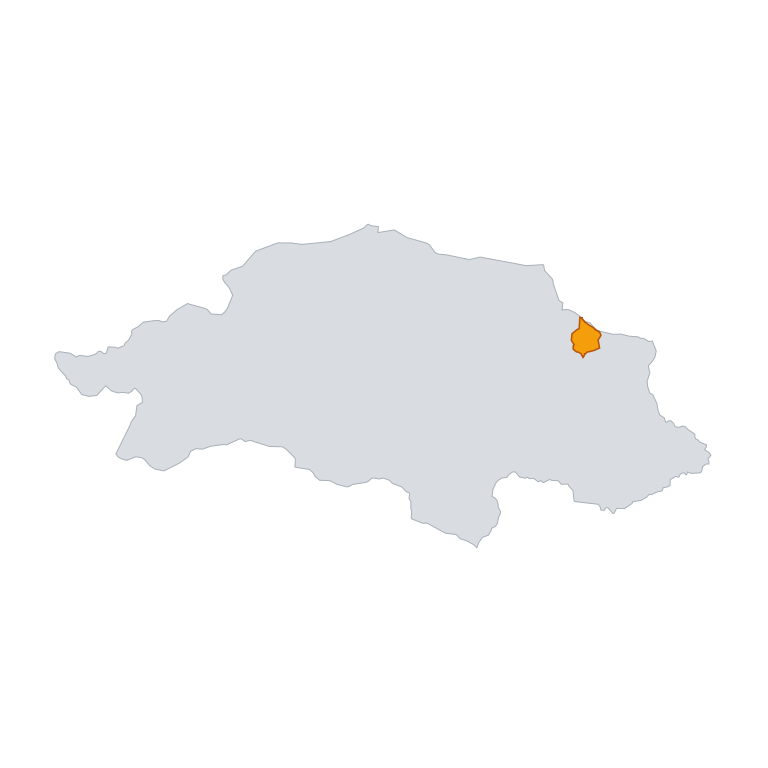 Bugat, Govi-Altay, Mongolia shown in context, rotated 183°
{"feature_id": "93677404B31159803957076", "entity_name": "Bugat", "entity_type": "district", "adm_level": 2, "iso_a3": "MNG", "parent_name": "Mongolia", "parent_adm1": "Govi-Altay", "projection": "mercator", "projection_center": [93.829, 45.194], "detail": "fine", "context": "in_parent", "style": "filled", "palette": "amber", "viewbox_px": 768, "rotation_deg": 183, "n_neighbors": 0, "source": "geoboundaries", "source_scale": "gbopen_adm2", "svg_char_len": 5256}
<svg xmlns="http://www.w3.org/2000/svg" viewBox="0 0 768 768"><g transform="rotate(183 384 384)"><path d="M55.4,321.0L57.9,321.0L61.6,318.1L62.0,314.1L63.2,311.9L72.2,310.8L76.3,312.0L76.9,309.5L77.7,309.1L79.9,311.2L82.0,310.3L83.4,309.4L84.7,306.4L87.9,306.9L93.2,303.5L93.0,297.6L95.0,296.2L99.8,295.0L100.4,292.3L101.4,291.5L104.9,290.8L110.9,287.7L113.7,287.4L115.9,284.7L121.2,281.2L129.3,279.5L130.0,277.7L137.3,272.2L145.3,272.0L147.4,267.1L148.6,266.6L154.2,272.4L156.5,271.6L157.3,269.4L160.7,269.4L162.1,273.4L164.0,275.1L187.5,276.6L188.3,278.1L189.7,287.4L194.0,291.7L195.0,293.7L201.5,293.1L205.2,296.6L210.8,296.4L213.6,297.3L219.1,294.1L220.4,294.1L222.1,295.8L224.8,294.5L229.9,297.7L233.8,297.1L235.7,298.4L238.1,297.3L243.7,298.2L248.3,303.1L251.4,302.7L255.1,299.5L256.1,297.3L261.5,296.2L264.6,294.0L266.6,292.0L269.6,284.8L270.2,277.4L267.5,276.2L265.1,273.8L263.7,269.7L263.5,266.9L260.9,262.7L261.1,260.5L262.7,256.8L263.4,250.8L265.3,247.5L269.0,245.6L269.4,243.2L271.7,238.6L277.7,235.9L281.0,230.7L282.8,225.3L285.7,228.1L293.4,231.8L299.8,233.5L304.0,237.4L315.2,238.3L333.9,247.4L337.8,246.9L348.9,250.6L349.8,251.9L349.7,258.7L350.6,260.6L351.0,267.8L353.1,271.4L352.5,275.7L353.5,277.0L356.3,277.6L360.7,282.1L370.5,285.2L373.4,288.1L380.1,290.1L383.6,288.9L389.3,289.6L391.4,289.1L395.0,285.7L397.3,284.7L410.2,282.0L413.7,279.7L416.1,279.3L426.2,281.5L433.2,284.7L443.3,284.5L448.1,288.2L450.1,291.7L454.1,294.8L468.1,296.2L468.7,296.9L468.5,304.3L469.1,305.5L478.2,313.7L482.4,316.0L495.2,315.6L515.0,320.8L519.6,319.2L523.8,321.8L525.4,321.6L538.3,314.9L540.2,315.4L553.6,312.8L562.1,309.4L568.5,309.6L573.6,306.7L575.8,301.0L584.2,294.3L599.1,285.7L608.2,287.0L613.6,290.1L619.2,296.1L622.3,297.8L628.3,298.3L636.8,294.2L641.3,295.2L645.4,297.0L648.1,300.1L634.8,331.1L634.6,332.9L630.4,339.3L629.6,349.5L624.3,353.1L625.0,358.8L626.2,360.9L632.0,366.7L633.9,365.9L635.6,363.5L638.8,361.4L644.6,362.0L649.7,361.1L656.0,363.0L661.8,367.7L670.3,357.5L678.1,356.2L685.3,357.6L690.7,364.5L697.3,367.7L699.0,371.6L701.6,373.2L702.3,375.1L710.2,383.0L711.8,388.1L714.1,391.8L714.0,395.5L713.4,397.3L710.1,399.3L699.0,398.3L692.4,394.7L689.9,396.7L681.4,396.0L676.6,397.5L673.3,398.9L671.3,401.3L669.8,401.9L668.4,401.8L665.8,399.8L663.6,399.9L662.9,400.4L661.4,406.6L654.1,406.6L651.7,405.8L645.6,408.7L644.7,411.1L641.4,414.5L638.4,420.6L639.0,423.3L638.1,425.0L632.7,428.3L627.5,433.2L616.9,435.2L611.9,435.6L608.2,434.4L604.5,435.2L601.6,440.7L594.6,447.4L584.5,454.0L566.4,450.0L564.2,449.0L560.4,444.9L549.8,444.7L546.8,447.5L544.2,451.6L539.7,464.9L543.8,472.3L548.6,477.3L550.5,480.7L550.6,483.6L547.2,484.9L542.6,489.7L531.5,494.1L519.1,510.0L497.3,519.4L483.9,520.0L473.3,519.1L444.6,523.5L426.0,531.7L412.3,538.8L409.3,542.1L407.8,542.7L405.3,541.4L397.9,540.9L397.9,534.9L381.8,538.4L368.7,531.4L349.8,527.2L346.1,525.6L339.6,517.7L336.3,516.6L328.0,516.2L305.2,512.7L294.6,515.8L248.2,509.6L231.4,511.5L230.7,510.8L229.6,505.7L221.6,497.9L220.6,495.9L220.2,492.9L213.7,476.7L209.6,474.3L210.1,467.4L203.9,468.0L197.0,465.3L189.9,460.5L186.5,456.9L181.5,456.0L175.3,449.5L172.5,448.2L157.5,445.6L150.0,446.3L141.9,444.6L132.8,444.4L129.8,443.0L127.2,443.2L121.8,440.3L118.3,440.9L113.9,431.3L114.8,425.2L116.6,421.6L120.8,416.3L120.7,414.2L119.0,409.3L121.4,400.5L120.5,395.0L118.1,388.9L115.0,387.4L110.5,378.9L109.0,372.2L107.1,367.6L102.4,364.9L100.8,360.8L99.4,360.6L98.4,361.9L95.7,362.4L92.8,359.9L91.3,357.0L89.6,356.2L86.5,356.3L83.8,357.7L80.7,357.0L78.0,354.4L71.0,350.3L70.8,347.3L69.8,345.3L67.7,344.7L65.6,342.5L58.8,340.0L58.6,338.5L60.4,335.2L55.8,332.6L53.9,329.8L56.6,326.1L55.4,323.6L55.4,321.0Z" fill="#d9dde1" stroke="#a8b0b8" stroke-width="1"/><path d="M199.2,437.4L196.2,433.2L196.4,433.0L196.5,432.9L196.5,432.7L196.8,432.4L197.0,432.3L197.0,432.1L196.9,431.7L196.8,431.4L196.9,431.2L196.8,430.9L196.9,430.7L197.0,430.6L197.0,430.4L197.0,430.1L197.1,429.9L197.0,429.7L196.8,429.6L196.8,429.4L196.8,429.2L196.9,428.9L196.9,428.7L194.5,426.9L193.4,426.1L191.7,426.0L189.0,424.7L186.7,420.9L185.8,422.1L185.9,422.6L185.1,423.9L185.2,424.7L184.8,424.7L184.5,424.7L184.3,424.7L184.2,424.8L184.0,425.1L183.9,425.3L183.5,425.8L182.2,426.8L180.8,426.9L178.2,427.9L176.3,428.3L173.3,429.9L170.6,431.2L172.5,439.2L171.6,440.7L169.9,443.9L170.6,445.6L171.8,447.6L171.9,447.8L172.0,447.8L172.2,447.7L172.3,447.5L172.5,447.7L172.5,447.8L172.8,447.9L172.9,448.0L173.0,448.1L173.3,448.1L173.5,448.2L173.6,448.3L173.8,448.3L173.9,448.5L174.0,448.5L174.6,448.8L174.9,448.9L175.0,448.9L175.1,449.0L175.3,449.0L175.5,449.1L175.7,449.3L175.8,449.3L175.8,449.5L176.0,449.5L176.4,449.6L176.5,449.8L176.5,450.0L176.8,450.6L177.1,450.7L178.2,451.3L178.8,451.7L179.3,452.0L180.3,452.5L181.3,453.0L182.0,453.4L182.9,453.9L183.7,454.4L184.5,455.0L185.4,455.7L185.5,455.8L185.8,455.8L186.2,456.0L186.7,456.2L186.9,456.6L186.9,456.8L187.0,456.9L187.4,457.3L187.5,457.4L188.1,458.0L188.3,458.2L188.5,458.3L189.1,458.7L189.2,458.9L189.2,459.0L189.4,459.2L189.4,459.6L189.5,459.9L189.5,460.0L189.4,460.4L189.5,460.6L189.8,460.6L190.1,460.5L190.4,460.4L190.9,460.6L191.3,460.6L191.5,460.7L191.9,460.8L192.0,449.6L194.4,448.2L198.9,444.0L199.2,437.4L199.2,437.4Z" fill="#f59e0b" stroke="#b45309" stroke-width="1.5"/></g></svg>